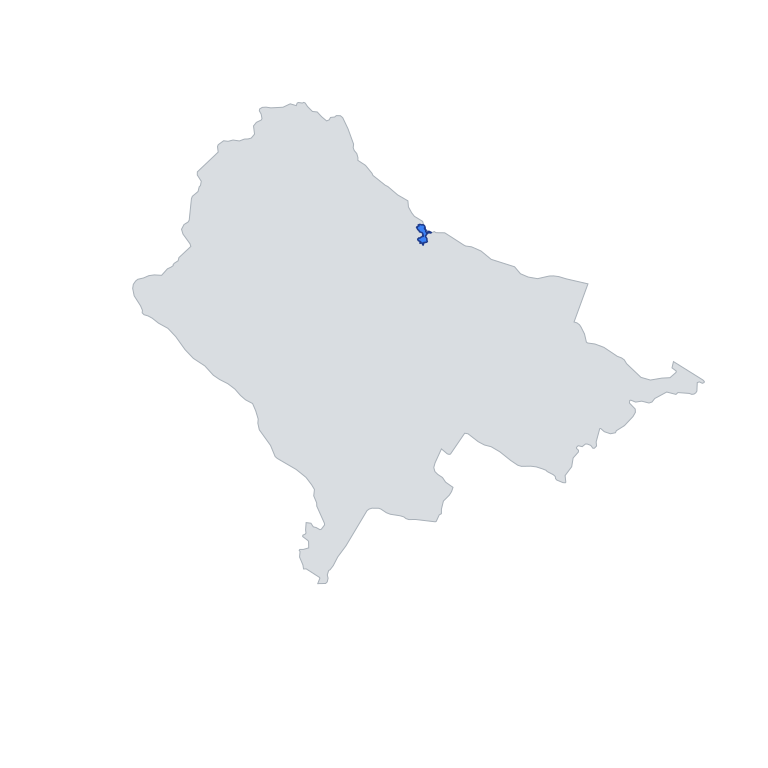 Kabare, Sud-Kivu, Democratic Republic of the Congo (highlighted), rotated 302°
{"feature_id": "63176286B3160723083670", "entity_name": "Kabare", "entity_type": "district", "adm_level": 2, "iso_a3": "COD", "parent_name": "Democratic Republic of the Congo", "parent_adm1": "Sud-Kivu", "projection": "equal_earth", "projection_center": [28.728, -2.413], "detail": "fine", "context": "in_parent", "style": "filled", "palette": "blue", "viewbox_px": 768, "rotation_deg": 302, "n_neighbors": 0, "source": "geoboundaries", "source_scale": "gbopen_adm2", "svg_char_len": 6353}
<svg xmlns="http://www.w3.org/2000/svg" viewBox="0 0 768 768"><g transform="rotate(302 384 384)"><path d="M577.0,503.9L537.3,512.3L538.1,515.3L537.8,518.5L536.7,520.9L532.7,527.5L526.7,533.5L526.7,535.0L529.7,541.7L531.6,551.0L531.1,567.2L532.0,571.6L531.8,575.0L529.8,578.9L525.8,598.4L528.5,607.8L536.3,616.6L540.9,623.2L548.6,625.5L549.8,625.1L550.3,619.7L556.4,617.6L556.4,652.3L555.9,654.3L554.8,654.7L553.3,653.6L552.9,650.3L551.2,648.9L543.8,653.1L541.8,653.1L539.8,652.3L538.3,650.5L537.8,647.9L532.5,637.8L529.9,637.1L527.0,628.0L515.2,621.3L510.7,620.8L508.3,618.8L506.0,611.6L502.0,607.0L501.1,601.9L500.3,601.1L497.9,602.2L495.9,610.3L493.2,612.2L488.4,612.4L476.2,610.0L467.5,605.8L465.3,606.1L461.8,602.4L460.3,596.1L461.1,591.3L460.5,590.6L447.3,594.6L444.1,597.1L441.1,596.5L440.2,595.2L441.5,591.8L440.8,588.2L439.8,586.6L435.9,585.3L434.6,581.4L432.2,580.8L431.4,581.4L430.9,584.0L429.4,584.9L421.5,583.6L413.3,587.0L402.3,586.1L397.1,590.2L396.3,590.1L395.2,588.0L394.1,581.4L394.7,579.6L396.3,578.3L396.8,575.7L396.2,568.8L396.7,567.2L396.0,563.3L394.4,557.0L392.0,551.9L387.0,544.2L386.0,540.5L386.3,531.9L387.9,518.2L387.6,508.1L385.5,501.5L385.0,494.4L386.3,481.6L385.0,478.5L359.8,477.5L358.8,476.5L358.3,474.7L359.4,467.1L344.1,469.1L339.5,470.5L336.7,473.6L335.8,477.5L335.7,483.1L333.4,488.3L332.9,497.3L328.6,498.3L324.4,498.3L316.2,496.4L308.3,499.0L304.4,501.4L302.3,500.2L295.2,501.1L294.3,500.5L285.9,482.7L282.2,476.9L281.5,474.0L281.8,471.2L280.8,467.5L276.9,458.4L276.1,454.2L276.3,447.6L275.8,445.3L272.3,439.6L270.1,437.7L267.6,436.7L226.5,437.5L212.9,436.4L203.0,437.2L197.9,436.7L196.5,435.9L192.0,437.1L189.7,439.5L186.1,440.7L183.9,440.2L179.6,433.6L185.4,432.5L185.8,431.8L186.0,416.0L184.5,413.8L187.6,411.1L192.5,404.1L197.4,401.6L198.0,400.2L199.1,400.3L200.9,403.2L205.1,407.0L210.3,403.6L210.9,402.7L211.5,395.9L212.8,395.3L215.1,396.8L216.3,396.8L218.6,394.9L225.2,391.4L227.2,395.8L225.4,399.7L226.3,402.5L226.5,406.8L227.6,407.8L232.9,408.3L234.4,407.2L244.8,391.7L247.5,389.9L251.9,383.7L257.7,380.9L260.2,376.0L263.5,367.3L265.0,354.7L264.3,333.0L264.8,330.1L271.8,320.3L279.1,302.5L283.9,297.8L287.6,295.9L293.3,289.4L297.8,282.9L297.2,275.0L298.2,268.5L300.7,260.2L301.5,251.4L300.7,242.2L301.0,234.6L304.4,222.5L304.7,208.7L307.7,197.1L313.8,182.3L316.7,171.3L316.1,160.5L317.0,152.5L316.7,147.8L315.6,143.8L316.2,141.2L318.5,140.1L321.3,136.1L326.4,125.4L331.9,120.2L335.7,118.6L339.7,118.8L342.3,119.7L346.5,123.9L351.3,127.2L354.8,131.4L358.3,137.8L366.9,139.3L370.5,141.6L372.7,142.5L373.6,141.9L375.3,142.2L379.4,144.1L382.6,143.1L398.3,147.3L400.1,145.2L404.6,134.1L407.9,130.3L413.3,129.9L417.5,132.0L419.7,132.0L439.1,122.5L441.6,122.0L448.7,124.3L453.3,122.8L455.1,123.2L459.1,121.6L462.3,114.9L465.0,113.3L492.8,120.5L497.1,117.0L499.1,116.6L505.3,119.1L507.2,123.2L510.9,126.7L513.5,132.6L517.7,135.8L519.8,138.9L522.2,141.1L527.3,141.8L533.7,136.6L538.2,137.1L542.8,140.0L544.4,139.9L547.8,136.8L549.6,133.5L551.4,132.8L554.1,134.2L556.3,137.3L558.2,141.7L565.2,151.7L571.9,156.0L573.6,162.1L576.1,161.5L577.3,162.1L579.0,165.9L580.3,166.7L580.5,168.3L578.8,172.0L577.2,178.9L579.3,183.2L577.6,189.5L576.7,195.9L578.9,197.5L581.7,197.4L584.3,200.7L586.3,201.3L588.4,204.8L588.0,207.8L581.3,218.3L571.3,231.1L568.0,232.7L566.2,235.1L565.0,238.8L562.1,242.0L559.8,243.3L559.6,252.5L556.3,262.2L555.0,264.1L553.2,279.8L553.5,282.5L551.6,295.3L552.0,307.2L547.1,310.9L543.8,316.8L542.3,320.9L542.4,330.6L536.9,336.5L536.5,337.8L537.9,344.6L539.9,345.8L539.9,348.0L544.4,355.4L544.1,378.0L544.3,380.2L546.7,385.5L548.2,395.8L546.5,408.8L552.6,432.6L549.8,441.3L551.1,449.6L554.7,458.4L563.2,467.0L565.5,470.5L567.7,475.3L569.7,482.7L577.0,503.9Z" fill="#d9dde1" stroke="#a8b0b8" stroke-width="1"/><path d="M536.8,338.2L536.8,337.8L536.8,337.3L537.0,336.4L537.3,336.0L537.6,335.7L537.9,335.7L538.2,335.7L538.2,335.8L538.0,336.0L538.0,336.3L538.4,336.0L538.7,335.8L539.4,334.9L539.7,334.1L539.8,333.7L539.7,332.7L539.5,332.4L539.3,332.1L539.0,331.9L538.9,331.5L538.7,331.1L538.6,330.5L538.4,330.0L538.3,329.8L538.2,329.7L537.8,329.5L537.7,329.4L537.7,329.5L537.5,329.4L537.6,329.2L537.4,329.1L537.2,329.1L537.1,329.3L536.9,329.3L536.8,329.5L536.7,329.6L536.6,329.4L536.5,329.2L535.9,329.3L535.3,329.0L535.1,329.0L534.7,329.2L534.4,329.0L534.3,328.6L534.0,328.7L533.7,329.4L532.8,331.0L532.8,331.5L532.8,331.9L532.5,332.5L532.1,333.3L531.9,333.5L532.0,333.9L532.2,334.3L532.2,335.2L532.4,335.6L532.5,335.8L532.4,336.4L532.1,337.1L530.9,338.6L530.3,338.9L530.3,338.2L530.0,338.4L529.7,338.4L529.4,338.4L529.0,338.1L528.9,338.1L528.1,337.5L527.8,337.5L527.3,337.4L526.6,336.9L526.5,336.3L526.2,336.1L525.3,336.0L524.8,335.8L524.3,336.2L524.1,336.5L523.8,337.2L523.8,337.6L524.0,338.2L523.9,338.5L524.0,338.9L524.0,339.3L523.9,339.9L523.7,339.9L523.4,340.0L523.2,339.6L522.6,339.7L522.5,340.1L522.7,340.3L523.1,340.7L523.4,340.9L523.4,341.0L523.5,341.6L523.6,342.1L523.4,342.3L523.1,342.4L522.5,343.4L522.5,343.5L522.8,343.5L522.8,343.4L523.0,343.4L523.2,343.2L523.3,343.2L523.5,343.0L523.5,342.9L523.8,342.9L523.8,343.0L523.8,342.9L523.9,343.0L524.0,342.9L524.1,342.7L524.3,342.5L524.5,342.8L524.7,343.0L524.8,343.0L524.8,342.9L524.8,343.0L524.8,342.9L524.8,343.1L525.2,343.0L525.3,343.2L525.5,343.3L525.7,343.6L525.8,343.8L526.0,343.9L526.0,344.1L526.1,344.3L526.3,344.4L526.4,344.5L526.5,344.6L526.8,345.0L527.2,345.1L527.6,345.2L528.0,345.1L528.3,344.5L528.5,344.3L529.0,344.0L529.0,343.9L529.7,343.6L530.1,343.2L530.3,342.8L530.6,342.2L530.7,341.8L531.1,341.1L531.3,340.9L531.7,340.7L531.9,340.7L532.1,340.8L532.7,340.9L532.9,340.9L533.3,340.8L533.6,340.7L533.8,340.7L534.0,340.6L534.2,340.8L534.3,340.9L534.4,341.1L534.5,341.1L534.8,341.2L535.2,341.3L535.5,341.4L535.7,341.5L536.0,341.8L536.2,342.1L536.3,342.2L536.3,342.3L536.4,342.5L536.4,342.8L536.6,343.2L536.7,343.4L536.9,343.6L537.1,343.7L537.2,343.8L537.3,343.8L537.4,343.7L537.5,343.7L537.5,343.4L537.5,343.2L537.4,343.1L537.4,342.9L537.4,342.7L537.4,342.4L537.4,342.2L537.4,341.9L537.4,341.7L537.3,341.4L537.3,341.2L537.2,341.1L536.8,341.1L536.5,341.1L536.3,341.0L536.1,340.4L535.8,340.3L535.7,340.3L535.7,340.2L535.4,340.0L535.2,339.9L535.1,339.7L535.3,339.1L535.3,338.8L535.3,338.6L535.5,338.5L535.8,338.4L536.0,338.3L536.1,338.2L536.3,338.1L536.6,338.1L536.8,338.2Z" fill="#3b82f6" stroke="#1e3a8a" stroke-width="1.5"/></g></svg>